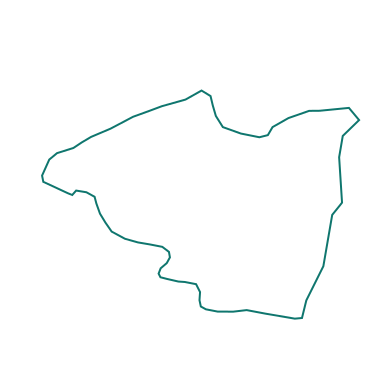 an SVG outline of Lipkovo, rotated 101°
{"feature_id": "MKD-2920", "entity_name": "Lipkovo", "entity_type": "Statistical Region", "adm_level": 1, "iso_a3": "MKD", "parent_name": "North Macedonia", "parent_adm1": "", "projection": "albers", "projection_center": [21.587, 42.142], "detail": "fine", "context": "isolated", "style": "outline", "palette": "teal", "viewbox_px": 384, "rotation_deg": 101, "n_neighbors": 0, "source": "natural_earth", "source_scale": "10m", "svg_char_len": 960}
<svg xmlns="http://www.w3.org/2000/svg" viewBox="0 0 384 384"><g transform="rotate(101 192 192)"><path d="M89.5,41.7L108.2,54.7L129.8,54.2L173.8,42.7L176.2,43.9L187.7,50.0L239.8,48.9L276.6,59.1L294.7,60.0L296.7,66.9L297.4,96.7L297.5,115.8L301.6,128.7L304.5,144.1L304.5,156.0L302.7,161.5L296.8,164.0L288.7,165.0L281.7,170.4L281.7,181.9L282.5,188.3L282.1,200.2L281.7,206.7L278.5,209.2L272.9,208.2L266.6,203.2L260.4,201.2L255.2,203.2L251.5,210.7L251.5,223.1L251.8,235.5L250.7,248.9L246.2,263.3L238.5,271.2L230.8,278.2L221.5,283.7L215.3,286.7L212.4,295.6L212.7,306.0L217.8,309.0L216.9,313.6L210.4,339.9L204.5,342.3L187.4,338.3L179.6,331.9L171.4,316.8L164.3,309.6L157.2,301.6L151.8,293.6L145.4,284.1L129.4,264.2L120.3,249.0L113.5,237.9L102.5,216.0L90.6,202.0L94.3,192.1L103.1,188.1L112.8,183.1L122.4,174.1L125.3,155.2L125.4,136.3L121.7,128.4L112.9,125.3L101.0,111.4L90.0,92.5L87.9,82.2L79.5,54.0L89.5,41.7Z" fill="none" stroke="#0f766e" stroke-width="2"/></g></svg>